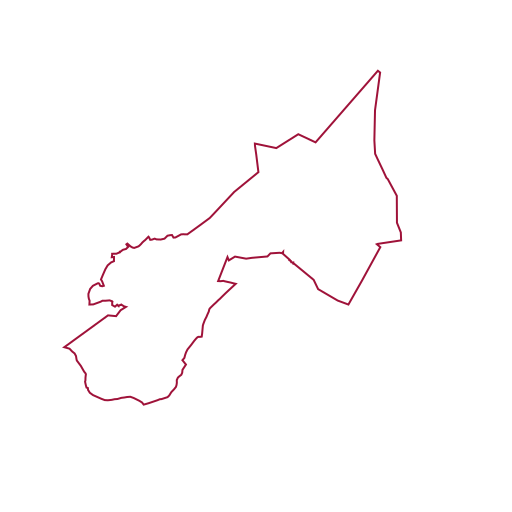 San Juan Yucuita, Oaxaca, Mexico (Equal Earth projection), rotated 228°
{"feature_id": "50627088B89370206265788", "entity_name": "San Juan Yucuita", "entity_type": "district", "adm_level": 2, "iso_a3": "MEX", "parent_name": "Mexico", "parent_adm1": "Oaxaca", "projection": "equal_earth", "projection_center": [-97.266, 17.522], "detail": "fine", "context": "isolated", "style": "outline", "palette": "rose", "viewbox_px": 512, "rotation_deg": 228, "n_neighbors": 0, "source": "geoboundaries", "source_scale": "gbopen_adm2", "svg_char_len": 2967}
<svg xmlns="http://www.w3.org/2000/svg" viewBox="0 0 512 512"><g transform="rotate(228 256 256)"><path d="M318.0,219.9L318.0,219.5L319.7,217.6L320.7,216.7L322.2,214.8L322.8,212.2L323.7,208.5L324.9,207.0L326.3,207.3L327.8,207.6L329.0,206.0L330.3,203.8L330.1,199.6L332.0,196.2L334.9,193.2L336.7,192.3L337.8,189.6L338.8,188.2L341.5,189.0L342.3,189.0L342.0,184.3L342.1,182.8L342.1,180.7L341.8,178.5L341.7,176.1L341.9,174.8L343.5,170.9L344.9,169.9L347.1,169.2L351.3,168.7L351.4,167.5L348.3,167.1L348.2,164.1L349.6,161.4L349.8,160.0L349.8,158.9L350.3,157.7L349.8,157.3L350.4,155.8L351.1,153.8L353.9,150.6L353.4,150.2L351.6,148.0L350.3,149.8L347.2,147.0L348.2,144.0L348.2,143.5L348.3,139.5L347.0,135.3L344.7,130.2L342.3,125.1L340.2,124.7L335.7,123.0L336.4,121.5L338.1,120.3L340.4,121.0L341.2,120.7L341.6,120.1L342.6,116.4L343.0,114.8L342.5,110.7L340.0,106.1L338.0,104.4L336.1,103.2L334.1,102.4L331.4,99.7L328.9,102.7L328.1,104.7L326.0,109.9L325.5,112.0L323.4,114.3L321.0,117.5L318.6,118.8L318.1,118.7L318.1,118.4L315.8,116.3L312.7,117.3L312.7,120.2L311.7,120.2L310.6,120.4L311.0,121.2L309.8,123.2L309.9,123.4L307.0,124.2L305.2,125.3L306.3,119.1L305.1,112.7L304.9,111.8L310.9,106.3L316.5,52.5L311.9,55.4L308.0,55.5L305.0,56.0L302.1,55.3L299.5,53.6L298.2,52.9L291.5,52.3L289.3,51.8L285.1,50.9L283.0,50.8L282.0,50.5L279.9,48.1L277.7,46.0L277.0,44.9L275.3,43.9L273.3,42.8L271.6,42.0L270.4,42.7L268.9,41.6L265.6,41.0L261.7,41.8L253.2,45.6L250.1,47.2L247.9,49.4L245.6,52.6L244.2,55.1L242.4,57.4L240.7,61.0L239.0,63.4L237.5,65.8L235.5,68.4L232.3,70.1L226.5,72.4L223.4,73.3L220.7,73.1L218.5,77.6L214.7,86.4L213.9,88.7L212.9,90.0L210.3,95.8L210.4,98.2L211.5,102.0L211.8,106.0L212.3,108.9L213.3,110.6L214.7,112.3L216.8,114.1L217.9,116.6L217.9,118.6L217.7,121.0L218.6,123.0L220.6,125.2L222.2,131.3L227.8,131.6L228.2,134.6L229.8,137.0L231.2,139.5L232.4,142.6L233.3,148.3L234.3,153.3L234.7,156.2L234.8,158.2L234.4,159.2L233.7,159.9L232.9,160.9L232.4,161.7L234.6,164.3L239.9,170.0L240.8,171.5L242.7,175.2L243.9,178.4L245.0,180.7L246.3,183.7L247.7,185.7L248.0,187.2L248.2,192.2L248.2,195.1L248.4,199.1L248.3,200.0L248.5,203.6L248.7,208.6L248.8,213.5L248.9,222.3L250.9,220.9L253.2,219.4L255.4,217.8L258.5,215.6L259.3,215.2L261.0,212.8L262.7,211.1L274.3,234.1L270.9,232.9L269.6,240.0L260.6,246.9L257.4,251.7L248.0,264.2L248.3,268.5L242.6,275.7L240.7,277.2L240.9,278.9L240.7,278.7L239.7,277.5L230.8,278.5L230.7,278.0L230.3,278.0L229.0,278.6L228.4,278.2L227.7,278.0L226.3,279.4L225.5,278.5L225.2,278.6L225.1,279.1L199.7,282.9L189.8,280.0L168.2,286.9L158.1,292.2L166.8,318.3L179.4,354.3L183.9,353.7L183.6,354.5L170.5,374.3L176.6,379.4L186.4,383.0L206.5,400.9L225.0,405.4L226.8,405.2L232.9,407.1L234.5,407.6L247.6,411.5L251.5,412.7L252.2,412.9L262.7,421.3L284.7,442.0L309.3,471.0L312.1,470.5L300.6,376.3L318.2,368.9L322.6,343.3L340.3,330.4L338.6,329.0L331.0,323.9L316.7,313.9L318.2,282.7L315.6,252.4L315.2,247.0L316.2,236.7L318.0,219.9Z" fill="none" stroke="#9f1239" stroke-width="2"/></g></svg>